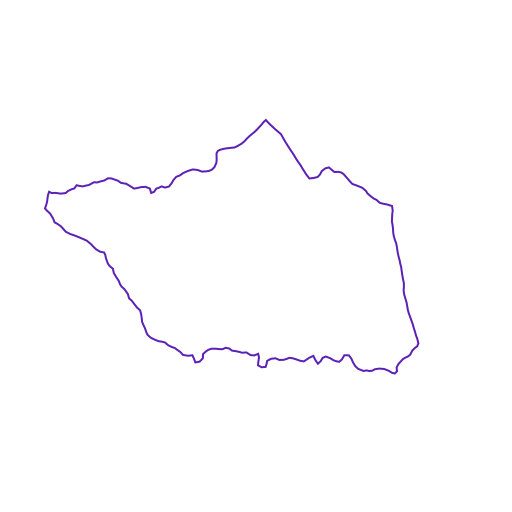 the district of Santa Juliana, Minas Gerais, Brazil, rotated 322°
{"feature_id": "56859067B39464064120136", "entity_name": "Santa Juliana", "entity_type": "district", "adm_level": 2, "iso_a3": "BRA", "parent_name": "Brazil", "parent_adm1": "Minas Gerais", "projection": "mercator", "projection_center": [-47.514, -19.38], "detail": "fine", "context": "isolated", "style": "outline", "palette": "violet", "viewbox_px": 512, "rotation_deg": 322, "n_neighbors": 0, "source": "geoboundaries", "source_scale": "gbopen_adm2", "svg_char_len": 3672}
<svg xmlns="http://www.w3.org/2000/svg" viewBox="0 0 512 512"><g transform="rotate(322 256 256)"><path d="M151.1,303.9L153.9,300.7L157.5,300.4L160.2,300.5L163.8,301.6L167.1,304.2L170.3,307.3L172.6,309.0L175.5,309.6L177.9,312.3L178.9,315.9L181.2,318.2L183.4,320.8L185.6,323.8L189.0,326.0L190.7,330.7L193.4,333.3L197.5,334.4L196.0,337.7L192.7,340.8L190.3,343.4L191.9,347.1L195.3,349.3L197.8,347.6L200.3,345.5L204.6,346.3L208.3,348.5L210.5,352.4L213.8,354.8L216.6,355.9L219.5,356.7L221.8,359.0L223.8,361.8L226.1,365.5L228.8,368.5L235.3,369.0L239.7,370.0L238.7,374.7L238.5,379.0L242.1,378.7L245.8,377.3L249.1,378.2L251.6,382.3L252.9,385.9L254.5,388.4L256.4,390.6L260.0,390.4L264.5,388.6L268.0,391.4L268.0,395.4L267.0,399.4L266.4,403.7L267.0,407.8L270.0,412.9L272.7,414.2L274.4,416.4L276.9,417.9L280.1,418.5L283.8,420.6L287.4,423.9L290.0,428.3L291.3,431.9L293.0,434.0L296.1,433.7L298.1,430.5L301.4,428.9L304.8,428.3L308.3,427.7L311.0,428.0L313.7,428.7L316.7,428.7L321.1,426.7L324.8,426.3L327.4,426.4L330.1,424.9L331.9,421.1L333.3,416.8L334.9,413.0L335.9,410.1L337.4,406.6L338.6,403.1L339.9,399.1L341.2,395.0L342.5,391.9L343.9,389.3L345.8,385.8L347.0,382.9L348.0,380.3L349.3,377.1L351.2,373.9L353.7,371.2L355.9,368.3L357.8,364.3L359.5,361.2L361.8,357.1L363.7,353.9L364.9,350.9L366.4,348.1L367.9,344.5L369.4,341.3L371.6,337.3L373.2,334.5L374.4,331.9L375.4,328.7L377.1,324.6L378.7,321.8L380.8,318.8L382.7,315.6L384.4,312.4L386.8,309.6L389.2,306.8L391.6,304.5L394.0,300.4L391.0,296.1L388.3,293.0L386.2,290.2L385.5,285.9L384.1,283.1L383.1,279.1L382.4,275.4L382.7,272.3L381.7,267.6L378.9,262.7L376.3,258.6L375.9,254.6L375.8,251.3L375.6,248.2L375.4,245.1L374.4,242.4L372.6,240.3L369.5,238.1L368.7,234.6L368.0,231.1L364.5,229.6L360.0,229.6L356.8,231.1L353.2,231.7L349.3,229.9L345.8,227.8L345.8,222.7L346.2,218.8L346.5,215.6L347.0,212.1L347.1,208.7L347.4,204.6L348.0,199.8L348.3,196.5L348.5,193.3L348.9,188.9L349.4,184.3L349.8,181.0L350.3,178.1L350.7,175.2L349.9,171.5L349.1,167.6L348.7,164.8L348.2,161.7L347.8,158.8L347.5,154.9L344.4,155.1L341.7,155.8L338.9,156.3L335.6,156.8L332.2,157.3L324.7,157.5L320.9,157.9L317.5,158.5L313.7,158.6L309.2,158.0L306.0,157.3L303.1,155.5L299.2,153.1L296.2,151.5L293.1,150.2L290.6,149.7L288.0,150.9L286.3,153.2L283.9,156.4L281.8,158.4L277.9,160.4L274.5,160.8L271.2,160.0L267.9,158.0L265.2,156.0L262.9,152.2L259.5,148.9L254.5,147.0L249.7,145.8L245.4,145.6L242.0,144.5L237.8,145.3L234.3,146.7L230.3,147.7L226.5,146.1L224.4,143.0L221.3,142.4L218.8,141.5L215.2,142.7L212.2,141.8L213.9,137.5L211.5,133.5L207.9,131.0L204.4,129.4L201.4,127.8L199.7,123.0L198.2,119.2L194.6,115.2L193.5,111.6L191.7,108.8L189.9,105.9L187.1,103.6L182.9,103.1L179.2,101.4L176.0,100.2L173.7,98.1L171.0,97.7L168.0,97.2L165.3,95.8L162.5,94.6L160.2,92.3L158.2,89.8L154.5,90.9L151.5,89.8L148.2,89.1L144.7,89.2L140.5,86.6L136.8,82.8L133.7,80.5L132.5,78.0L129.5,80.0L126.9,82.5L124.9,84.5L122.7,86.2L119.0,88.6L119.2,91.6L119.9,96.0L119.2,101.6L118.0,105.5L119.2,108.2L120.5,112.3L120.8,115.8L121.0,119.6L123.1,124.3L125.4,127.7L128.2,132.5L130.2,136.2L132.1,139.7L133.2,144.7L133.6,148.9L134.2,152.6L135.8,156.6L138.5,159.8L137.8,162.6L136.5,165.1L135.4,168.3L134.6,170.9L134.5,173.8L135.4,177.9L133.5,181.8L132.9,186.4L132.5,191.4L131.5,194.4L131.2,197.3L131.9,200.9L131.6,207.1L129.9,211.3L130.6,214.7L130.5,218.3L130.5,223.2L131.2,227.5L129.7,231.1L127.7,234.6L125.6,238.0L124.6,242.0L124.0,244.7L122.7,248.4L122.0,251.3L122.7,255.4L124.5,259.2L126.7,263.0L129.0,265.5L131.0,268.0L131.9,272.4L133.7,276.0L135.4,278.6L136.2,281.6L137.2,284.8L137.6,289.1L141.2,292.9L144.8,295.1L143.8,299.0L142.7,302.5L146.5,304.5L151.1,303.9Z" fill="none" stroke="#5b21b6" stroke-width="2"/></g></svg>